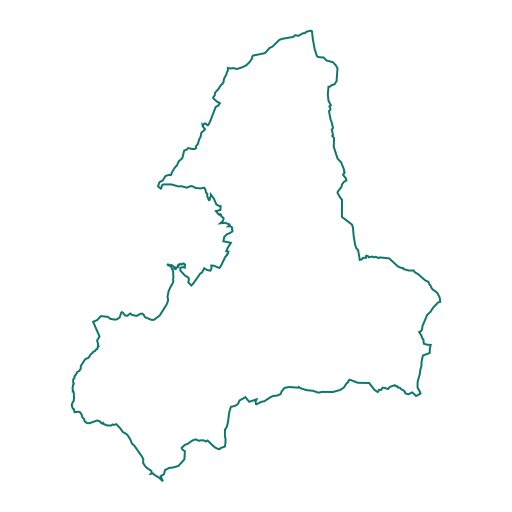 the district of Atid, Harghita, Romania
{"feature_id": "2599482B64180314923929", "entity_name": "Atid", "entity_type": "district", "adm_level": 2, "iso_a3": "ROU", "parent_name": "Romania", "parent_adm1": "Harghita", "projection": "mercator", "projection_center": [25.009, 46.469], "detail": "fine", "context": "isolated", "style": "outline", "palette": "teal", "viewbox_px": 512, "rotation_deg": 0, "n_neighbors": 0, "source": "geoboundaries", "source_scale": "gbopen_adm2", "svg_char_len": 6019}
<svg xmlns="http://www.w3.org/2000/svg" viewBox="0 0 512 512"><path d="M162.9,481.3L160.7,476.2L164.0,474.1L165.0,470.1L169.5,467.8L172.8,467.6L178.5,465.9L184.4,459.3L184.9,451.3L182.4,449.5L181.6,447.9L184.7,444.9L187.6,443.9L192.4,440.5L195.7,439.4L199.0,440.8L200.6,440.3L203.5,440.3L206.1,441.5L207.6,440.5L213.7,446.4L215.9,448.0L219.0,449.2L219.5,449.2L220.7,448.0L224.8,446.6L225.3,444.5L225.6,439.6L224.9,436.0L225.0,429.5L226.1,428.2L226.9,426.4L227.9,422.6L229.2,412.5L230.9,406.8L234.7,406.0L237.2,404.6L238.2,403.5L239.5,400.5L245.4,397.2L249.2,401.8L256.5,399.4L255.5,401.7L256.0,404.1L256.4,404.3L261.1,401.9L264.4,401.2L270.6,397.1L273.1,396.0L277.0,395.6L280.6,394.1L281.5,391.6L284.5,387.9L289.3,387.0L297.9,387.7L298.7,386.9L300.3,388.1L306.3,390.1L312.9,390.8L318.6,392.7L321.9,391.9L332.9,392.0L340.3,389.9L343.9,387.5L346.5,383.4L348.2,382.3L348.4,380.7L349.7,379.7L357.9,382.8L369.1,383.0L374.5,389.9L377.6,392.0L378.3,391.6L379.0,389.8L381.3,389.9L382.4,387.8L384.3,387.8L388.0,389.0L390.1,386.8L394.8,385.2L395.6,386.1L397.3,386.2L397.6,387.3L400.0,387.9L400.9,389.0L403.4,390.3L404.7,391.5L405.2,393.2L406.5,393.8L408.4,394.3L412.3,392.4L416.1,396.0L420.5,393.6L419.2,390.2L417.9,388.5L417.5,386.7L417.7,381.5L419.7,374.5L420.3,369.9L421.4,366.2L421.6,361.4L422.9,355.5L429.7,353.0L429.8,349.0L430.7,344.9L427.0,344.7L423.8,343.7L423.4,339.5L422.1,337.9L421.4,335.6L419.2,332.1L421.2,330.9L422.1,329.4L422.4,326.3L427.2,314.8L430.6,311.7L432.8,308.1L434.7,306.0L438.2,302.4L440.3,301.8L439.6,297.4L437.6,293.4L436.5,292.2L432.7,289.5L431.5,288.0L430.4,285.3L429.6,284.8L428.3,281.8L425.1,280.3L418.3,274.3L414.8,272.2L413.6,270.5L408.7,270.5L403.6,269.1L402.9,268.0L401.9,268.1L398.1,266.6L389.2,258.4L379.8,257.4L378.8,258.1L375.6,256.8L374.0,257.4L372.3,256.6L368.7,257.2L368.0,256.2L366.9,255.7L365.9,256.1L366.0,257.8L363.0,257.9L362.2,259.1L359.8,259.9L358.1,250.2L356.3,248.2L355.0,244.3L353.6,235.3L353.0,227.8L352.0,224.6L341.9,216.9L342.0,199.7L340.5,198.0L337.5,192.8L337.8,191.7L341.5,186.8L341.9,184.6L343.9,181.9L346.4,180.5L345.8,178.3L343.0,174.7L344.7,172.6L344.1,171.5L343.8,168.9L341.0,162.2L337.6,158.7L333.7,146.6L334.1,138.1L332.3,136.0L333.0,135.2L331.8,129.4L332.6,128.8L333.0,127.8L331.7,122.5L330.4,118.9L329.0,111.1L330.2,109.9L330.4,108.4L329.4,106.4L330.9,105.3L328.5,100.8L327.8,94.3L328.5,86.8L329.8,86.7L331.6,85.2L334.5,84.3L336.6,81.0L337.5,68.2L335.8,65.3L332.9,62.2L326.5,60.5L323.6,57.5L318.2,57.1L316.8,55.8L314.6,48.9L312.8,38.9L312.0,31.4L311.0,30.7L306.4,31.7L305.2,33.1L303.1,33.2L298.5,35.8L295.2,35.2L293.2,36.9L282.0,38.9L279.3,39.9L272.6,46.5L269.4,48.1L266.0,52.1L264.5,53.2L253.0,55.6L252.3,56.6L251.7,59.1L249.6,62.1L246.4,65.2L242.2,67.3L236.9,69.0L233.5,68.1L230.4,68.5L227.9,68.0L227.8,70.8L226.8,72.4L226.4,74.5L224.4,77.9L223.7,80.0L223.6,82.0L222.7,83.0L222.5,84.0L221.6,84.4L219.6,86.9L218.9,88.5L214.9,92.9L214.8,95.2L213.1,97.5L213.6,98.7L217.5,102.0L219.7,102.9L219.8,103.4L217.9,106.0L216.4,106.4L215.6,107.2L209.9,122.0L208.4,124.9L207.6,125.2L205.1,123.4L204.1,123.8L203.1,125.3L202.5,124.7L202.7,126.4L204.9,129.0L205.0,129.5L201.3,132.8L200.6,136.8L199.0,139.7L198.1,143.5L195.8,146.6L196.0,148.2L194.6,149.0L192.2,149.0L188.5,148.1L187.7,148.4L186.7,149.7L184.2,150.5L182.3,158.2L178.6,161.5L177.1,165.2L174.7,167.8L172.5,171.4L171.4,173.6L171.3,174.6L170.6,175.2L168.7,174.9L165.5,176.0L162.6,180.6L159.8,181.9L159.2,182.9L158.0,186.3L160.7,188.7L161.3,188.2L161.9,185.5L163.0,184.6L164.1,184.4L171.3,184.4L178.7,186.5L181.3,186.2L186.8,187.7L190.9,186.0L193.8,186.8L195.4,188.0L200.8,188.4L204.3,187.7L205.6,190.2L205.9,192.4L207.3,193.8L207.2,196.2L208.9,200.1L209.8,199.7L209.7,198.6L210.8,196.1L210.9,194.6L213.9,198.7L216.4,204.5L219.1,206.0L220.6,206.2L220.4,210.0L215.9,211.1L218.5,214.3L219.6,214.8L220.1,214.1L220.9,214.5L221.1,216.0L223.4,217.9L223.6,219.0L222.6,221.3L220.3,223.3L225.1,222.8L229.2,224.3L229.7,225.0L228.3,226.3L230.0,226.2L231.8,227.1L232.3,228.3L231.9,229.1L232.6,230.7L232.3,231.5L230.0,233.0L226.9,234.3L224.2,237.0L223.4,241.3L230.9,242.8L227.5,248.3L226.3,251.2L228.4,251.6L227.8,253.7L226.8,254.6L227.1,255.1L225.3,256.8L221.0,265.7L219.4,268.0L213.7,265.7L211.3,265.5L211.5,268.3L210.4,270.7L206.7,269.8L204.2,268.3L202.0,272.5L200.3,273.5L193.2,283.6L191.3,285.5L188.3,282.4L188.9,279.5L188.5,277.7L184.8,275.4L180.3,270.5L180.3,267.9L182.7,267.1L184.9,267.6L184.6,265.7L185.1,264.6L184.9,264.4L183.4,263.4L181.8,264.4L181.2,263.9L179.7,264.7L179.4,264.2L177.9,265.3L178.3,266.4L178.1,267.0L176.2,267.5L176.1,268.7L175.1,269.1L174.2,268.4L174.6,267.4L171.6,265.1L169.7,265.1L168.0,264.4L167.7,264.7L168.1,265.3L170.8,266.2L173.1,271.1L173.4,277.7L173.0,279.8L173.4,281.2L172.6,283.5L171.1,285.8L168.7,290.9L167.5,296.7L168.2,300.2L166.7,304.4L159.7,315.5L153.8,319.9L151.7,319.9L145.4,317.4L144.4,316.4L143.7,314.7L142.0,313.6L140.5,313.8L136.7,315.9L132.1,315.0L130.2,313.5L127.3,315.8L124.9,315.4L123.1,312.9L122.0,312.1L121.2,312.7L119.8,317.2L117.1,319.3L114.6,319.6L110.5,318.9L107.5,316.8L100.9,316.1L97.1,320.1L93.1,321.8L99.5,336.4L97.1,340.6L98.0,343.6L98.0,345.3L98.6,346.4L97.7,347.1L97.3,349.0L96.1,349.4L95.2,350.9L93.4,351.6L92.8,352.7L90.9,354.1L88.7,357.5L87.7,358.3L85.8,358.7L84.6,360.1L80.8,366.0L80.8,368.1L80.3,369.4L79.1,371.0L77.2,372.1L75.9,374.7L74.5,376.2L74.5,378.0L73.2,379.4L73.2,382.7L73.9,383.7L73.1,384.9L72.5,388.7L73.0,390.7L72.7,391.6L73.5,391.8L73.8,392.7L74.0,398.3L73.7,401.1L72.9,401.8L71.7,405.0L72.7,408.4L73.9,409.2L73.7,409.8L74.3,410.7L74.6,412.2L78.2,411.7L80.0,412.2L81.6,414.5L82.2,417.0L84.2,419.2L84.6,421.3L87.0,423.1L89.5,423.2L97.1,420.5L99.8,421.3L101.3,423.2L102.8,423.7L103.1,423.0L104.0,424.2L106.9,425.4L111.0,425.6L112.6,424.5L113.7,424.9L116.4,424.2L120.2,428.3L122.8,432.0L126.2,433.8L127.6,435.2L130.4,439.7L131.9,443.5L134.3,445.6L142.1,456.8L143.3,459.3L143.1,462.9L144.9,465.8L146.9,468.0L151.3,470.9L151.7,472.7L150.8,473.8L153.0,473.4L154.3,474.8L159.1,477.7L162.9,481.3Z" fill="none" stroke="#0f766e" stroke-width="2"/></svg>